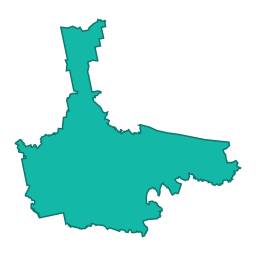 outline of Zirņu pag., Saldus, Latvia
{"feature_id": "27541924B62939624969676", "entity_name": "Zirņu pag.", "entity_type": "district", "adm_level": 2, "iso_a3": "LVA", "parent_name": "Latvia", "parent_adm1": "Saldus", "projection": "orthographic", "projection_center": [22.269, 56.702], "detail": "fine", "context": "isolated", "style": "filled", "palette": "teal", "viewbox_px": 256, "rotation_deg": 0, "n_neighbors": 0, "source": "geoboundaries", "source_scale": "gbopen_adm2", "svg_char_len": 5840}
<svg xmlns="http://www.w3.org/2000/svg" viewBox="0 0 256 256"><path d="M97.9,19.5L97.3,21.7L93.7,23.7L89.2,27.6L88.5,30.0L83.1,31.2L82.7,31.3L81.6,30.1L80.0,27.3L77.9,28.7L72.8,26.3L67.8,28.1L60.8,27.2L67.6,59.8L65.4,60.2L67.3,64.7L66.8,65.5L66.4,70.8L69.7,70.2L73.8,90.5L76.7,92.0L77.7,91.6L77.5,93.0L77.0,93.8L73.9,93.3L70.4,94.1L69.7,95.7L69.6,96.9L68.5,98.2L67.8,97.7L67.2,98.2L66.8,100.5L69.0,110.8L67.6,110.3L66.6,112.5L66.5,116.9L63.5,117.5L62.9,123.9L62.5,125.8L62.6,128.8L58.4,128.5L57.9,132.5L56.8,133.1L54.7,133.1L55.1,134.1L54.8,134.4L54.1,134.4L53.8,133.3L53.6,133.1L52.2,134.6L51.2,135.1L49.0,135.0L48.7,135.3L48.8,135.8L45.6,134.6L43.8,136.5L41.7,137.1L40.4,139.5L41.5,140.9L40.7,142.2L41.7,143.1L41.5,143.8L41.2,144.6L39.5,145.6L39.2,146.5L37.0,148.4L36.2,146.0L35.8,145.9L35.8,145.3L35.1,144.7L33.9,145.2L33.7,145.7L33.8,146.6L31.6,147.2L31.0,146.8L31.2,145.4L30.8,144.9L25.9,146.8L25.6,145.9L23.5,144.2L24.2,143.6L21.5,141.0L21.7,140.2L20.1,139.7L19.4,139.9L18.9,140.6L17.3,141.6L17.1,142.3L16.0,142.5L15.4,143.6L18.4,145.1L17.7,146.7L17.5,147.9L19.3,150.0L18.7,150.0L18.7,151.6L19.1,152.1L23.4,152.9L24.0,155.3L23.5,155.7L23.6,157.1L25.6,156.1L25.9,157.6L26.0,158.2L21.7,159.1L27.1,185.5L28.8,185.2L29.7,186.0L27.8,190.4L25.4,194.6L25.6,195.9L28.3,196.6L29.3,197.8L30.7,197.8L31.5,198.9L32.0,200.4L32.7,200.2L34.6,200.7L34.5,201.2L34.9,202.8L34.2,204.3L33.5,204.4L32.3,203.4L31.2,203.9L31.2,208.2L31.6,208.2L31.7,208.7L32.0,208.8L32.0,208.5L32.6,208.5L32.5,209.0L32.9,208.9L33.0,210.0L33.8,209.6L33.7,210.0L34.0,210.0L33.8,210.4L33.8,211.1L34.5,210.8L35.1,211.9L36.0,211.4L36.3,212.1L35.7,211.9L36.3,212.8L37.1,213.4L37.5,213.0L38.1,214.4L38.4,214.1L38.2,215.0L38.6,215.1L38.4,215.3L38.6,215.5L38.6,216.1L39.2,216.2L38.9,216.7L39.3,217.7L39.0,217.9L63.5,212.7L65.9,224.2L66.7,223.6L67.9,223.6L68.7,224.5L68.4,224.7L68.6,225.1L69.6,225.3L69.4,225.5L69.7,225.5L69.7,226.0L70.1,225.9L70.3,226.5L70.5,226.1L71.7,226.8L71.8,226.3L72.8,226.1L74.5,227.3L75.5,226.9L76.1,227.4L78.0,228.0L79.3,227.9L79.7,228.6L80.0,228.3L81.4,229.1L83.5,228.3L84.7,228.7L85.9,227.9L85.7,227.6L85.8,227.2L86.6,227.1L86.4,226.6L87.3,225.9L87.8,226.4L89.0,225.4L90.4,226.3L91.0,226.2L91.6,225.2L91.5,223.7L91.7,223.3L92.5,223.8L93.6,223.8L96.1,225.3L97.9,224.8L103.0,225.4L105.0,226.4L107.5,229.3L109.5,227.7L120.1,231.4L119.4,230.7L120.7,229.6L123.5,230.0L124.4,230.3L126.3,232.3L128.2,232.2L128.7,231.6L128.7,230.7L129.1,229.8L129.8,229.6L130.6,229.9L131.6,230.9L131.5,232.2L132.6,232.7L136.6,232.1L136.6,231.4L137.0,231.1L138.7,232.2L139.4,231.7L140.4,231.9L141.9,232.7L142.5,236.5L144.7,235.6L144.8,234.3L145.3,233.4L146.2,233.0L145.9,231.9L146.8,231.3L147.5,229.5L147.6,228.6L147.1,228.1L147.0,227.2L144.9,225.6L143.3,222.8L143.1,221.2L148.0,219.4L157.2,218.7L158.5,217.4L160.3,216.8L160.6,215.7L159.8,215.3L160.0,214.3L159.9,213.6L160.5,212.8L160.4,211.8L159.7,211.5L162.2,210.8L161.9,208.9L160.9,207.6L158.5,206.3L158.2,205.5L157.3,204.8L157.0,204.0L157.1,203.6L155.3,202.2L154.5,202.6L152.7,201.2L151.2,201.3L149.2,201.7L149.3,204.2L146.5,203.6L146.5,199.8L146.2,198.3L146.9,193.1L147.6,192.3L149.1,189.4L153.2,187.6L154.0,188.9L155.2,188.4L158.5,194.0L158.0,194.6L158.0,195.2L158.9,195.8L159.7,194.0L160.0,191.9L159.8,189.9L160.1,188.4L160.5,187.8L160.4,187.0L161.1,186.2L161.3,184.5L163.1,183.0L163.3,184.4L165.3,185.4L167.1,187.7L167.9,187.3L169.5,189.5L171.7,194.1L172.6,195.0L175.3,192.9L177.7,193.6L178.3,193.1L181.3,184.0L178.0,182.9L176.0,181.3L175.0,179.3L176.9,178.1L177.9,178.4L178.4,177.9L178.7,176.8L179.5,176.5L181.1,178.5L183.5,179.8L185.3,180.5L187.1,179.5L188.1,179.8L189.6,176.3L188.7,173.7L189.1,173.1L190.8,174.3L192.7,174.3L193.8,176.4L194.7,176.7L194.7,177.0L193.6,177.6L193.9,178.4L195.2,178.1L195.4,178.4L195.3,178.8L195.7,179.1L196.2,178.6L197.6,179.1L198.2,180.8L198.9,180.9L199.0,180.3L200.2,179.9L200.6,179.0L202.1,181.1L203.1,181.0L203.1,180.2L203.4,179.7L205.5,180.7L208.0,181.0L208.3,182.4L208.8,182.0L209.6,182.6L212.0,182.4L212.3,182.7L212.3,183.8L212.1,183.9L212.3,184.3L213.1,184.8L214.3,184.8L214.8,185.3L217.0,183.9L218.6,185.2L219.5,185.2L220.8,184.8L220.4,184.2L220.7,183.8L222.7,183.6L222.7,182.2L223.4,180.7L224.1,180.1L227.1,180.0L227.6,180.8L228.3,181.2L228.7,182.1L229.0,181.9L228.9,181.1L229.8,180.2L230.6,181.2L231.2,180.0L232.6,179.3L231.4,178.1L233.1,176.1L233.1,175.0L234.5,174.8L235.2,172.7L233.7,172.0L234.0,171.0L237.1,170.8L239.1,168.3L240.4,168.3L240.6,167.9L238.2,167.1L236.5,164.9L237.9,163.1L236.0,160.6L231.8,162.7L231.8,162.4L227.1,162.7L226.9,161.0L226.2,159.8L225.5,154.5L224.3,153.3L223.3,151.0L223.4,149.5L226.3,148.6L229.5,145.4L228.9,142.2L205.1,139.7L178.3,134.4L167.2,132.9L157.0,130.6L149.9,127.3L140.7,124.8L139.0,125.2L140.1,125.8L140.5,126.8L140.0,128.2L140.7,131.0L140.8,132.3L140.0,133.6L139.3,133.6L139.4,132.4L138.9,132.1L138.3,133.1L137.0,133.5L136.2,132.9L134.1,132.9L133.8,134.4L133.3,134.6L129.9,131.7L128.8,129.6L128.4,129.8L128.5,130.6L128.3,130.8L126.8,130.7L126.1,131.5L125.0,131.2L124.5,131.9L123.6,131.6L122.5,133.0L121.3,133.5L120.4,132.5L121.9,130.4L121.4,129.8L120.7,129.8L120.7,130.9L118.5,132.2L118.1,131.9L117.7,130.3L115.1,129.7L115.1,129.3L116.0,129.0L116.1,128.5L115.2,128.2L115.1,127.5L114.0,127.7L113.8,126.9L112.4,126.9L108.3,124.9L107.5,123.9L108.5,124.2L108.5,121.9L109.3,120.7L107.5,119.5L105.0,119.0L105.0,117.9L106.1,115.5L106.7,115.4L107.5,112.1L105.7,113.1L102.8,112.0L100.7,107.4L93.7,101.2L92.7,98.1L95.3,97.5L95.3,96.6L94.8,95.9L97.2,95.4L99.1,93.1L100.9,92.7L100.8,91.6L97.8,91.0L92.0,92.1L88.6,75.4L87.6,71.9L88.9,65.5L88.1,64.2L88.0,61.8L89.9,61.5L92.4,60.1L96.6,60.9L97.8,60.7L94.9,47.0L100.5,45.9L99.1,39.0L103.6,38.1L101.3,27.4L105.6,26.5L104.6,21.7L105.4,21.6L105.4,21.1L104.9,21.1L104.5,20.6L102.8,21.3L101.7,21.1L101.1,20.3L100.9,20.8L99.9,19.9L99.2,20.2L97.9,19.5Z" fill="#14b8a6" stroke="#0f766e" stroke-width="1.5"/></svg>